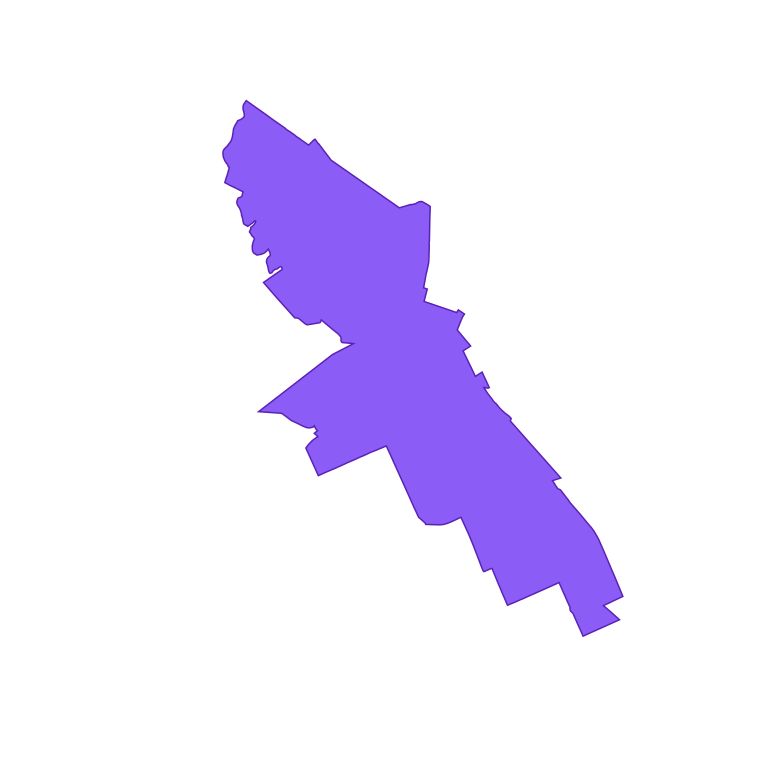 Vasilati, Calarasi, Romania (Natural Earth projection), rotated 64°
{"feature_id": "2599482B17575272178188", "entity_name": "Vasilati", "entity_type": "district", "adm_level": 2, "iso_a3": "ROU", "parent_name": "Romania", "parent_adm1": "Calarasi", "projection": "natural_earth1", "projection_center": [26.428, 44.284], "detail": "fine", "context": "isolated", "style": "filled", "palette": "violet", "viewbox_px": 768, "rotation_deg": 64, "n_neighbors": 0, "source": "geoboundaries", "source_scale": "gbopen_adm2", "svg_char_len": 5801}
<svg xmlns="http://www.w3.org/2000/svg" viewBox="0 0 768 768"><g transform="rotate(64 384 384)"><path d="M699.1,275.7L695.6,277.1L689.7,279.5L684.6,281.7L679.4,283.9L679.6,262.4L657.9,261.1L651.1,260.8L644.3,260.4L628.3,259.6L618.0,259.2L614.4,259.3L608.4,259.8L604.3,260.5L600.9,261.4L585.5,265.2L572.1,268.8L568.5,269.3L565.9,269.9L556.5,271.8L554.5,273.5L553.3,273.9L544.8,274.9L545.2,271.5L545.9,267.0L546.0,266.3L517.5,274.2L513.0,275.5L472.6,286.7L470.8,284.8L467.7,285.7L466.5,286.3L464.0,287.6L462.7,288.2L460.0,289.3L458.4,289.9L456.6,290.5L454.2,291.1L453.0,291.3L451.9,291.6L450.7,291.9L449.0,292.7L447.1,293.2L444.6,293.5L442.0,294.1L437.1,295.1L434.8,295.3L433.0,295.5L430.9,295.8L431.3,295.0L432.4,293.7L433.4,292.2L433.4,291.0L431.1,290.9L420.7,290.7L416.3,290.6L417.2,298.5L388.9,298.4L387.8,289.5L367.4,294.5L366.8,293.7L364.5,291.1L361.3,287.6L359.7,285.8L357.8,283.4L356.4,281.0L350.0,284.7L350.7,286.0L351.5,287.1L351.7,287.3L341.6,297.5L327.4,311.8L317.6,303.5L314.9,306.2L303.2,297.6L302.5,296.9L295.5,291.4L293.9,290.3L290.1,288.2L278.8,282.3L277.8,282.0L277.0,281.7L276.3,281.0L272.8,279.2L260.5,272.9L252.7,268.9L250.6,267.7L247.1,265.9L244.7,264.6L243.0,265.6L242.4,265.9L237.4,269.3L237.0,269.6L236.7,269.9L236.5,270.2L236.1,270.9L235.9,271.6L235.7,272.2L235.6,272.7L235.6,273.5L235.6,273.9L235.7,275.5L235.7,276.6L235.7,276.9L235.6,277.3L235.5,278.1L235.3,278.7L235.1,279.7L234.7,280.9L234.6,281.3L234.4,281.3L234.2,282.2L232.8,290.7L232.5,292.3L232.4,293.0L213.8,303.3L180.9,321.6L159.7,333.4L139.5,337.4L139.4,337.7L133.8,338.6L133.7,339.4L134.4,341.7L135.5,344.8L136.2,347.1L135.1,347.7L134.5,348.0L133.7,348.4L131.9,349.4L130.7,350.0L130.4,350.2L130.1,350.4L129.5,350.8L126.6,352.2L125.6,352.8L123.8,353.9L121.6,355.0L120.4,355.5L118.5,356.6L116.1,357.9L113.7,359.4L112.9,359.9L112.2,360.2L111.0,360.6L109.0,361.7L105.5,363.6L102.0,365.6L98.2,367.7L96.3,368.7L96.0,368.9L95.8,369.0L94.1,369.9L90.6,371.7L68.9,383.6L71.2,387.6L71.9,388.4L73.3,389.3L75.4,390.3L77.8,390.7L78.8,390.9L80.4,391.4L81.7,392.0L82.2,392.4L82.7,393.1L83.2,394.8L83.4,396.3L83.4,397.8L83.2,400.0L86.5,404.8L86.7,405.1L87.4,405.9L87.6,406.1L88.3,406.9L88.9,407.6L90.6,408.6L91.6,409.3L91.9,409.5L95.7,412.2L97.7,414.1L98.7,415.2L101.6,421.0L102.4,423.6L103.2,425.3L104.2,426.5L105.8,427.5L108.2,428.5L109.6,428.9L113.5,429.2L116.1,428.9L117.4,428.6L118.1,428.5L118.8,428.4L119.7,428.6L120.4,428.7L120.6,428.6L121.6,428.1L128.4,434.2L129.0,434.9L133.2,438.8L134.7,437.7L136.4,436.4L137.6,435.7L140.4,433.4L143.4,431.0L146.0,429.1L149.4,426.5L152.8,429.3L153.2,430.6L153.0,433.3L153.1,433.8L154.2,435.1L155.2,436.0L156.3,436.7L157.8,437.1L159.6,437.2L161.4,436.9L162.4,436.8L163.7,436.8L165.6,436.9L168.3,437.4L169.6,438.0L173.1,438.5L174.0,438.7L176.1,439.4L177.7,439.8L178.9,439.7L179.1,439.7L180.3,439.0L180.5,438.8L181.1,438.1L181.4,437.8L182.1,437.8L182.6,437.3L182.5,436.8L181.6,431.5L181.0,429.4L180.8,428.4L180.8,428.1L181.1,427.9L181.5,427.9L182.0,428.3L182.4,428.7L183.0,429.4L183.5,430.4L183.9,431.4L184.4,432.6L184.6,433.5L184.6,434.1L184.6,434.5L184.8,434.9L184.9,435.1L185.3,435.4L185.7,435.5L186.0,435.7L186.3,435.9L186.5,436.1L187.7,437.7L188.3,438.3L190.4,437.9L191.5,437.8L192.7,437.8L193.5,437.5L194.6,437.1L195.3,436.8L195.8,436.8L196.2,436.7L196.9,437.0L197.8,438.1L198.6,439.0L202.0,441.8L203.6,442.6L206.4,443.7L207.3,443.8L208.7,443.8L209.3,443.6L211.0,442.6L212.4,441.7L212.6,441.1L213.6,437.5L213.8,434.4L213.3,431.7L211.9,428.9L216.0,428.9L218.2,429.6L218.9,430.6L219.4,432.8L220.4,434.4L221.9,435.7L223.2,436.3L226.9,436.8L231.8,438.1L234.1,438.2L234.7,437.7L234.8,435.9L233.7,434.2L233.2,431.9L233.7,429.6L233.2,427.2L233.1,425.8L233.3,425.3L233.9,424.9L234.9,424.8L236.4,425.5L239.9,447.8L259.2,442.7L276.0,437.9L283.1,435.9L285.0,435.4L285.7,434.9L286.0,434.4L286.3,433.7L286.7,432.9L287.3,432.3L288.4,431.6L292.9,429.6L294.7,428.8L296.6,427.6L297.1,427.1L297.7,425.3L299.7,418.5L300.8,414.8L300.7,414.3L300.4,413.9L298.9,412.3L313.3,405.9L318.0,403.6L321.4,402.5L322.6,402.3L323.4,402.3L324.9,403.0L326.2,403.6L327.5,403.8L328.5,403.3L333.3,395.3L334.3,393.8L334.7,408.3L334.9,417.3L341.4,448.7L353.9,508.8L365.3,489.1L365.7,488.7L369.3,486.8L376.4,483.2L381.4,479.1L387.0,474.8L389.6,472.2L390.6,470.6L391.3,468.4L391.6,466.6L391.5,466.1L391.0,465.0L392.9,465.0L394.1,465.0L396.9,464.4L397.6,467.7L397.8,468.3L402.2,466.5L402.9,470.5L403.3,472.8L404.1,475.3L405.1,477.9L405.6,478.9L407.3,482.3L437.6,483.2L437.6,482.1L437.7,480.7L437.7,478.7L437.8,475.4L437.9,473.3L438.0,471.3L438.1,470.4L438.1,468.4L438.3,466.4L438.4,463.9L438.4,462.0L438.5,460.0L438.6,458.1L438.6,455.8L438.7,453.9L438.7,450.5L438.8,449.1L439.0,445.7L439.1,441.8L439.2,439.3L439.2,437.4L439.5,433.6L439.5,432.2L439.6,428.8L439.5,426.9L439.8,423.5L440.1,419.7L440.2,416.8L440.5,413.3L440.7,409.2L441.3,409.1L450.5,409.3L459.7,409.6L496.4,410.7L507.7,411.1L518.4,411.3L519.3,411.2L519.8,411.0L521.5,410.2L523.3,409.5L524.8,408.9L525.8,408.4L527.0,408.1L527.6,407.9L528.5,408.0L530.6,404.1L533.9,397.8L535.2,395.1L536.1,392.9L536.8,389.7L537.1,387.4L537.4,382.9L537.5,373.3L542.5,373.4L556.8,373.8L566.8,374.4L570.2,374.7L576.1,375.2L583.9,375.9L591.7,376.6L595.6,376.8L595.9,376.7L596.2,376.6L596.5,376.2L596.8,369.9L596.9,368.3L596.9,368.1L597.0,368.0L597.2,367.9L597.3,367.8L597.8,367.8L601.1,368.0L603.7,368.2L607.2,368.4L611.2,368.7L613.3,368.8L615.0,368.9L616.6,369.0L617.8,369.0L622.4,369.3L637.0,370.0L637.5,361.5L637.9,351.5L638.7,329.9L639.2,313.7L649.1,314.1L658.9,314.5L666.1,314.7L667.4,315.3L669.2,315.9L670.0,315.8L672.9,314.7L675.2,314.8L682.7,315.1L695.8,315.5L697.9,315.6L698.0,312.6L698.0,311.6L698.0,310.6L698.1,308.3L698.1,307.7L698.3,300.9L698.4,298.6L698.6,292.1L698.9,282.3L699.0,280.1L699.1,276.4L699.1,275.7Z" fill="#8b5cf6" stroke="#5b21b6" stroke-width="1.5"/></g></svg>